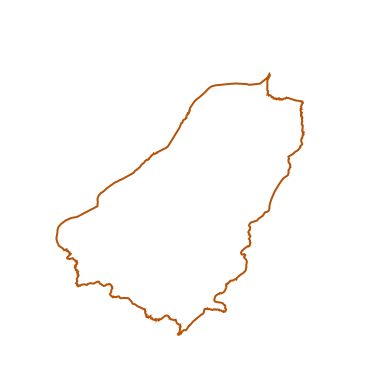 outline of Pathum Ratchawongsa, Amnat Charoen, Thailand, rotated 213°
{"feature_id": "78962969B30801427896168", "entity_name": "Pathum Ratchawongsa", "entity_type": "district", "adm_level": 2, "iso_a3": "THA", "parent_name": "Thailand", "parent_adm1": "Amnat Charoen", "projection": "equal_earth", "projection_center": [104.88, 15.885], "detail": "fine", "context": "isolated", "style": "outline", "palette": "amber", "viewbox_px": 384, "rotation_deg": 213, "n_neighbors": 0, "source": "geoboundaries", "source_scale": "gbopen_adm2", "svg_char_len": 5948}
<svg xmlns="http://www.w3.org/2000/svg" viewBox="0 0 384 384"><g transform="rotate(213 192 192)"><path d="M125.7,64.8L125.1,65.4L125.1,66.1L124.8,66.1L124.8,67.0L124.0,67.5L124.5,68.8L123.7,71.5L121.9,72.8L121.6,74.7L121.8,77.7L121.3,78.0L121.5,79.1L121.0,80.2L120.6,83.8L117.4,94.3L116.5,95.6L116.5,97.5L117.7,100.2L117.6,101.0L116.0,101.8L115.8,102.8L114.5,102.6L113.8,103.3L110.7,104.1L109.9,105.4L108.9,105.6L108.7,106.3L107.1,106.8L106.4,107.6L105.2,107.6L105.0,108.0L104.4,107.7L102.9,108.6L101.9,108.3L101.1,108.6L100.7,109.2L100.1,108.7L99.1,109.9L99.3,111.9L99.7,112.3L100.7,112.4L101.4,113.3L101.9,114.5L103.0,115.1L103.8,114.8L105.3,115.4L107.5,115.0L110.5,113.5L112.4,112.8L113.5,112.8L114.7,113.8L115.7,117.7L114.4,120.9L113.6,121.5L113.6,122.4L112.3,122.8L110.9,125.1L110.7,126.9L111.1,130.4L113.2,133.3L112.9,133.8L112.3,133.6L112.1,133.9L112.3,134.5L111.9,135.3L112.1,135.7L111.7,136.3L111.8,137.1L111.3,137.6L111.5,138.5L109.5,140.1L108.3,142.4L107.2,142.7L107.6,144.5L105.9,150.0L104.9,151.8L104.3,154.6L104.6,156.3L105.5,158.6L106.8,160.5L108.0,163.5L109.9,164.8L112.5,165.4L113.1,166.1L112.7,167.6L113.0,168.1L114.3,168.4L115.8,166.8L117.1,167.0L117.9,168.0L118.1,169.9L117.1,173.5L115.7,176.9L115.1,177.0L114.9,177.8L114.5,177.9L114.7,179.8L115.4,180.5L115.5,181.5L116.5,181.8L116.8,182.9L118.6,183.7L119.0,186.8L120.1,187.4L121.1,187.2L121.4,188.3L122.9,188.9L123.2,190.7L122.9,192.0L123.6,193.6L124.1,194.3L125.8,194.7L126.3,196.2L126.0,198.5L121.9,203.5L121.6,206.0L119.7,210.5L119.7,214.7L118.2,216.2L117.5,217.9L118.0,220.3L119.3,222.2L120.5,225.3L121.6,229.7L122.9,237.1L123.2,245.5L123.1,250.8L122.7,253.5L120.8,258.2L121.2,260.2L123.0,263.0L122.8,264.1L123.2,265.6L122.9,266.3L123.9,267.3L123.9,267.9L125.4,269.0L126.8,269.3L128.6,271.3L128.6,272.4L130.4,274.2L128.6,277.7L127.6,280.3L127.7,280.9L125.9,284.9L125.5,288.7L126.2,289.3L125.5,291.9L126.0,292.7L128.0,294.0L129.1,295.6L129.0,297.2L129.4,297.5L129.3,298.2L130.0,299.8L129.7,301.0L130.2,301.5L130.3,301.1L130.6,301.1L130.7,301.7L131.0,301.9L130.9,302.8L131.9,302.5L132.3,303.2L133.1,303.6L133.3,304.6L133.7,304.8L134.2,306.3L135.2,307.3L135.1,307.9L137.2,308.8L137.3,309.5L137.8,310.3L137.7,310.9L139.8,313.5L139.7,314.2L141.0,315.2L141.6,314.9L141.8,315.6L142.3,315.8L142.5,316.4L142.7,316.2L143.4,317.3L142.9,317.9L143.0,318.3L143.5,318.0L145.6,319.7L145.5,320.4L145.9,320.8L145.5,321.2L146.3,321.4L146.2,322.4L146.9,322.9L147.3,323.7L147.2,324.3L147.7,325.0L147.4,326.8L147.8,327.4L148.4,327.7L148.8,327.4L149.0,327.9L155.1,325.2L162.9,323.1L163.9,322.4L164.3,322.5L164.6,321.1L165.5,320.7L166.4,319.0L167.2,318.8L167.3,318.2L168.4,318.2L168.7,318.0L168.6,317.4L169.3,317.1L170.1,317.9L170.9,317.1L171.0,316.6L171.5,316.5L171.7,315.8L172.7,316.0L172.9,315.5L173.3,315.6L174.4,314.9L174.5,315.3L175.9,315.6L176.9,314.9L177.3,315.5L178.3,315.7L180.0,315.4L180.2,314.8L181.2,315.4L181.8,314.8L183.1,318.0L184.5,318.6L189.7,326.9L190.1,332.0L190.4,332.6L191.3,333.1L191.0,329.8L191.3,328.0L194.0,319.9L202.3,313.1L205.3,312.1L214.4,306.8L218.5,303.8L230.3,294.3L233.1,291.3L234.3,288.4L235.4,282.8L237.3,275.7L238.9,271.4L239.3,268.8L239.4,260.7L238.6,259.8L238.3,259.1L238.5,258.6L238.1,258.3L238.0,256.8L237.7,256.6L237.6,255.6L238.4,255.6L238.0,254.4L238.2,253.2L237.3,251.5L237.4,250.9L237.0,250.7L237.5,249.1L237.9,248.8L238.4,247.6L238.4,246.3L237.8,245.0L238.5,243.9L237.5,239.2L237.0,217.1L237.8,214.9L242.7,206.4L242.7,205.9L243.1,205.7L242.9,205.3L244.3,203.3L245.1,203.5L245.1,202.5L245.9,200.4L245.8,199.2L246.4,196.6L246.1,196.1L246.2,195.5L246.7,195.1L247.0,194.4L247.4,194.4L248.2,192.5L248.1,190.7L249.2,187.5L249.3,184.2L250.4,181.2L250.3,180.8L251.3,179.0L251.3,177.4L251.7,175.7L257.1,165.6L260.0,161.0L260.4,159.9L261.8,158.1L265.2,149.5L266.6,144.1L267.8,141.6L268.3,138.2L268.0,136.1L267.3,134.4L265.6,132.4L263.6,128.5L274.9,108.4L278.9,104.7L282.3,99.7L284.4,94.0L284.9,90.2L284.8,89.0L284.0,86.7L282.7,84.5L280.7,79.7L280.0,78.7L277.3,76.3L274.3,74.4L269.4,74.3L267.7,73.5L266.6,74.3L266.6,75.0L266.3,75.3L266.2,74.9L265.8,75.2L265.4,74.8L265.3,75.1L264.3,74.8L264.1,75.1L262.4,74.2L262.0,74.2L261.7,74.6L260.9,73.7L260.0,74.0L259.9,73.3L260.5,72.4L260.6,70.3L260.9,69.9L260.8,68.8L260.5,68.3L258.3,69.0L256.5,71.0L255.6,71.6L254.8,71.0L253.3,71.1L252.2,70.7L251.7,71.1L251.5,70.6L251.1,70.9L251.0,70.5L249.9,70.4L249.8,69.8L249.2,69.2L249.6,68.7L249.7,67.5L249.4,67.2L249.7,67.1L249.1,66.1L249.6,65.9L249.3,65.0L248.7,65.2L247.9,64.0L246.7,63.9L246.6,63.4L246.0,63.8L245.2,63.1L244.2,63.3L244.0,62.6L244.3,61.6L243.1,61.5L242.7,61.1L242.7,60.3L242.2,60.5L241.7,60.2L241.2,56.3L240.6,55.5L239.7,55.0L239.5,52.2L238.3,52.4L237.7,51.3L236.0,50.9L235.8,51.2L236.0,52.1L234.6,52.6L234.5,53.3L233.8,54.5L232.2,55.8L229.6,56.7L229.3,57.3L229.5,57.7L228.0,59.9L224.7,61.5L222.9,64.6L221.8,65.9L221.1,66.0L219.5,65.1L214.8,65.1L214.0,65.9L213.2,68.0L212.1,68.6L211.4,69.9L210.9,70.0L208.9,69.8L208.1,69.0L207.4,69.1L207.2,68.4L206.4,68.1L206.3,65.8L205.3,64.4L205.1,61.4L201.9,60.6L201.3,60.6L201.2,61.1L200.8,60.8L199.4,62.1L198.6,62.2L197.0,64.3L196.2,64.6L194.5,64.0L193.4,64.4L190.7,66.6L189.8,66.8L188.8,67.7L187.4,68.3L183.2,67.2L181.0,66.0L178.4,66.8L175.0,66.5L172.1,67.2L171.5,67.0L170.8,67.3L169.0,67.3L168.5,67.9L167.6,68.0L166.6,66.7L165.9,66.5L165.9,65.8L165.5,65.2L164.2,64.3L163.5,64.5L163.5,63.7L162.5,63.3L162.4,62.6L161.9,62.3L160.7,62.9L160.6,63.6L160.3,63.5L160.4,64.0L159.7,64.1L159.2,65.3L158.7,64.5L157.2,63.6L156.6,64.4L155.2,63.8L154.1,64.2L153.7,65.0L153.3,64.8L153.0,65.8L152.5,65.8L152.2,65.4L152.2,65.8L151.7,65.8L151.1,66.6L150.5,66.3L150.4,66.9L149.9,66.4L149.5,67.3L149.9,67.5L148.6,68.8L147.3,73.0L145.9,74.8L144.2,75.1L143.4,74.8L143.2,74.3L141.7,74.2L141.6,73.7L141.3,73.9L140.2,73.7L138.1,74.7L137.2,74.7L136.2,76.0L133.4,73.8L130.7,73.6L129.7,74.4L129.0,73.2L128.2,73.0L128.1,72.3L128.4,71.4L126.8,70.1L127.0,69.6L125.9,66.9L126.6,65.4L125.7,64.8Z" fill="none" stroke="#b45309" stroke-width="2"/></g></svg>